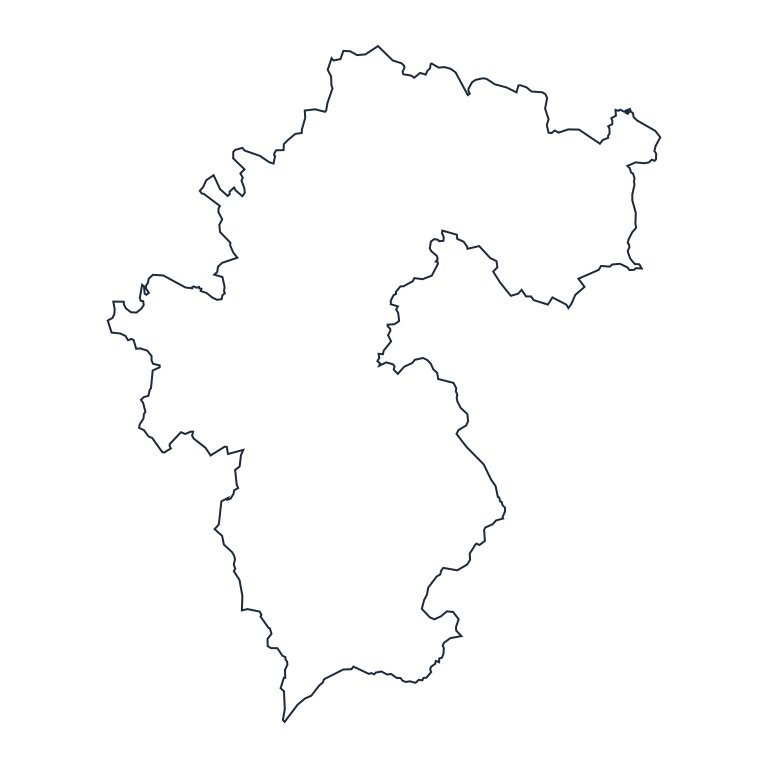 Tullow Lea-6, Carlow, Ireland
{"feature_id": "5873133B62819927990234", "entity_name": "Tullow Lea-6", "entity_type": "district", "adm_level": 2, "iso_a3": "IRL", "parent_name": "Ireland", "parent_adm1": "Carlow", "projection": "mercator", "projection_center": [-6.709, 52.768], "detail": "fine", "context": "isolated", "style": "outline", "palette": "slate", "viewbox_px": 768, "rotation_deg": 0, "n_neighbors": 0, "source": "geoboundaries", "source_scale": "gbopen_adm2", "svg_char_len": 6066}
<svg xmlns="http://www.w3.org/2000/svg" viewBox="0 0 768 768"><path d="M343.4,50.9L340.4,59.1L333.6,60.5L331.6,58.2L327.7,69.8L331.1,76.4L331.4,85.3L332.5,88.3L327.4,103.2L326.3,110.0L325.0,111.8L315.1,109.3L304.8,110.5L305.2,117.9L301.9,129.5L301.7,133.0L295.3,133.9L287.8,140.1L283.8,144.2L283.6,150.1L276.2,150.3L274.3,153.4L274.1,155.2L275.1,156.1L273.5,163.6L269.2,162.2L260.0,155.9L244.7,150.6L242.4,147.9L235.2,149.9L233.3,151.8L233.2,158.4L244.5,169.3L240.4,173.5L242.8,177.7L241.5,180.5L244.3,188.2L244.8,192.8L242.3,196.2L235.7,190.4L234.0,187.5L229.5,191.8L229.7,194.1L227.7,196.0L220.1,189.2L213.6,175.2L206.2,180.3L203.1,187.2L199.8,190.8L201.7,193.4L204.0,194.0L219.9,206.0L218.6,208.3L218.4,212.0L222.2,219.4L219.3,225.0L220.1,232.1L230.4,242.7L230.1,245.2L233.2,252.5L237.4,257.7L222.0,262.9L218.0,266.8L217.2,272.0L214.3,274.7L222.4,277.0L224.6,286.9L224.0,291.3L224.9,293.1L222.4,295.3L221.6,299.2L217.0,299.8L212.5,297.7L206.6,293.0L200.7,291.0L201.4,288.7L199.4,288.5L199.1,287.0L196.3,287.7L193.8,286.4L192.2,287.2L192.3,288.3L185.5,287.5L163.4,275.5L152.9,274.8L148.7,278.7L147.9,283.0L146.2,285.4L145.9,288.3L148.9,292.8L146.4,294.8L144.7,293.7L144.0,286.3L142.1,284.8L139.8,298.0L140.9,300.9L143.2,301.2L143.7,305.2L141.1,308.9L136.4,312.6L130.9,312.2L126.1,308.6L124.0,304.7L123.7,301.7L113.3,301.6L114.7,309.4L114.3,314.2L112.6,317.9L107.7,320.5L111.6,332.6L120.3,333.5L125.6,336.0L128.0,340.2L131.6,339.0L133.6,340.0L136.2,348.8L140.4,348.4L147.3,350.7L151.5,355.9L151.6,360.6L153.1,363.8L159.7,365.4L159.7,367.3L152.7,370.5L151.0,388.1L149.8,389.6L148.3,395.9L144.0,397.0L140.9,399.8L143.1,402.8L145.4,411.8L143.9,414.1L143.5,418.5L139.6,424.6L139.1,427.9L143.9,430.1L148.5,436.4L152.2,438.0L162.3,452.2L164.3,452.5L170.9,448.4L169.7,446.2L169.7,444.1L181.0,432.2L185.2,434.0L190.6,431.7L193.1,431.7L192.1,435.6L193.6,438.5L205.6,447.9L210.6,455.5L224.6,446.7L226.8,446.9L228.0,454.0L243.3,449.9L241.0,455.0L239.6,466.6L235.1,469.9L236.7,484.7L238.2,488.0L234.2,490.3L233.5,493.9L230.5,498.7L227.6,499.6L228.2,497.8L221.4,501.3L218.8,524.5L214.6,529.2L222.1,535.8L223.9,544.6L232.1,552.2L234.1,555.7L235.0,558.9L233.8,564.8L235.3,568.6L233.8,571.1L239.5,580.0L242.4,596.0L241.9,610.4L247.6,609.1L259.8,611.6L261.4,614.9L260.5,616.5L268.5,627.9L269.9,628.4L271.5,633.8L267.5,638.9L267.7,646.1L271.0,648.1L277.4,648.2L282.3,655.6L285.5,657.3L285.4,659.1L287.1,661.7L287.4,664.7L285.0,669.9L285.2,677.8L283.9,677.7L280.6,688.2L284.0,691.3L284.8,709.2L282.9,719.9L284.6,721.9L297.5,704.8L304.8,698.6L311.3,695.7L319.4,685.3L322.7,682.7L324.1,679.2L343.3,669.5L351.5,669.2L353.4,666.6L368.9,673.9L371.1,673.1L374.3,674.3L375.7,672.6L381.4,671.5L387.0,674.5L391.1,674.0L396.8,678.0L400.5,678.0L402.5,680.6L405.8,682.0L409.7,681.3L415.6,682.8L418.8,679.8L422.4,680.3L423.4,678.0L426.4,677.7L431.2,672.0L430.2,669.9L430.8,667.0L435.1,663.9L435.8,660.9L439.1,662.2L439.2,658.5L441.9,657.7L443.5,653.7L443.8,648.2L442.7,645.5L443.9,642.8L450.4,638.1L461.4,636.1L456.2,630.6L456.0,627.0L458.7,619.2L453.0,611.9L446.8,611.4L440.8,616.4L434.3,619.3L429.8,617.3L421.8,608.8L424.2,599.8L427.0,594.6L428.2,587.6L436.7,576.5L440.2,574.5L441.3,570.4L443.3,567.9L457.3,570.3L467.2,564.5L470.1,559.7L469.7,553.6L475.0,545.2L476.4,543.6L479.5,545.0L484.9,540.9L484.1,530.0L485.4,527.4L492.6,524.3L496.1,520.4L503.2,518.5L502.6,517.0L504.9,511.8L505.1,507.9L502.4,504.9L501.6,501.8L500.2,501.6L499.2,497.5L497.8,496.8L495.6,486.1L491.0,479.5L483.8,464.5L466.5,446.9L456.5,433.9L458.6,430.0L466.0,425.6L468.1,421.3L467.4,414.1L460.6,407.8L457.4,401.5L456.7,397.7L457.3,394.7L455.8,391.2L456.3,388.4L453.5,382.9L438.2,379.0L437.2,372.9L433.3,369.3L430.8,363.8L427.1,359.9L422.9,358.0L414.8,359.8L412.3,363.0L404.2,366.7L397.8,373.9L393.7,369.6L394.6,366.5L393.0,364.3L386.3,362.4L379.2,365.8L380.2,363.5L377.4,361.2L379.3,357.8L378.6,353.8L382.9,354.2L383.7,350.6L391.1,341.4L388.1,335.1L390.4,330.7L390.2,328.7L387.6,326.3L387.6,324.7L394.5,324.2L399.1,321.0L398.2,313.0L396.2,309.5L397.9,306.4L390.8,304.2L390.8,300.5L393.6,295.1L396.0,294.0L395.9,291.9L400.4,286.4L403.4,286.3L412.8,281.2L414.4,278.1L422.6,279.2L431.8,275.6L437.9,263.9L437.5,261.7L435.9,261.5L437.6,259.3L437.0,256.1L431.1,251.0L429.8,248.3L430.9,241.6L434.2,239.1L438.1,239.8L439.1,241.2L443.4,240.8L443.8,237.3L442.1,233.5L442.3,230.6L456.8,234.7L457.2,238.8L463.6,241.7L467.1,246.5L467.5,248.8L479.2,246.1L490.3,258.1L496.5,261.1L497.4,267.3L493.2,271.6L500.1,282.5L510.8,295.8L518.1,293.7L521.6,289.9L526.1,296.4L531.1,296.5L533.7,300.1L547.9,304.6L552.4,297.4L566.3,304.6L568.4,308.1L571.3,304.0L575.3,294.9L584.5,286.9L578.4,278.7L598.7,269.9L601.0,266.0L609.9,266.6L612.2,264.5L620.0,263.8L627.6,267.5L629.4,270.0L633.9,269.9L635.9,268.2L641.7,268.5L639.3,264.3L634.8,264.0L632.5,261.4L630.4,258.8L628.0,252.5L627.8,250.6L629.4,247.4L629.0,244.5L627.8,243.0L628.5,239.6L632.1,232.5L636.1,227.8L635.4,223.6L635.8,213.0L632.3,200.2L632.3,194.4L634.5,184.8L633.9,181.1L634.6,178.6L633.0,173.5L631.1,172.6L629.8,168.3L627.4,165.9L635.6,162.4L644.5,163.2L648.7,162.5L651.8,159.7L654.6,160.8L656.0,159.3L656.2,153.8L654.4,150.9L655.6,146.0L660.3,137.3L655.3,130.9L637.0,120.4L633.6,117.1L633.0,113.2L630.8,111.6L630.0,109.0L627.6,110.0L629.0,112.2L627.7,113.8L626.0,112.9L626.9,111.8L626.3,110.4L624.1,111.7L620.2,109.7L618.5,110.8L615.5,109.9L615.9,115.7L611.3,118.2L612.4,120.9L612.2,124.2L608.2,126.3L609.4,128.3L609.6,133.4L608.1,135.8L608.1,137.9L602.7,140.0L599.9,143.7L579.0,129.6L568.2,129.4L558.6,132.6L554.7,130.5L551.5,133.1L548.5,132.7L546.8,124.8L548.6,119.3L545.1,108.7L547.1,98.0L545.4,94.1L542.3,92.3L531.4,91.5L526.5,87.3L520.1,85.2L518.4,85.5L516.5,92.4L506.7,87.5L494.8,84.3L486.4,78.8L482.7,78.3L475.6,79.9L472.1,82.2L468.5,88.7L468.4,90.9L469.8,93.7L467.8,95.1L455.6,72.4L450.7,68.8L444.4,67.1L438.6,67.6L431.6,63.5L430.7,64.0L430.0,68.4L427.4,70.8L425.7,74.6L420.1,72.9L414.3,77.7L410.9,75.5L403.4,74.3L402.6,72.0L404.4,67.7L404.1,65.7L401.4,63.2L392.8,60.5L378.0,46.1L365.4,54.4L357.1,55.1L350.2,51.3L343.4,50.9Z" fill="none" stroke="#1e293b" stroke-width="2"/></svg>